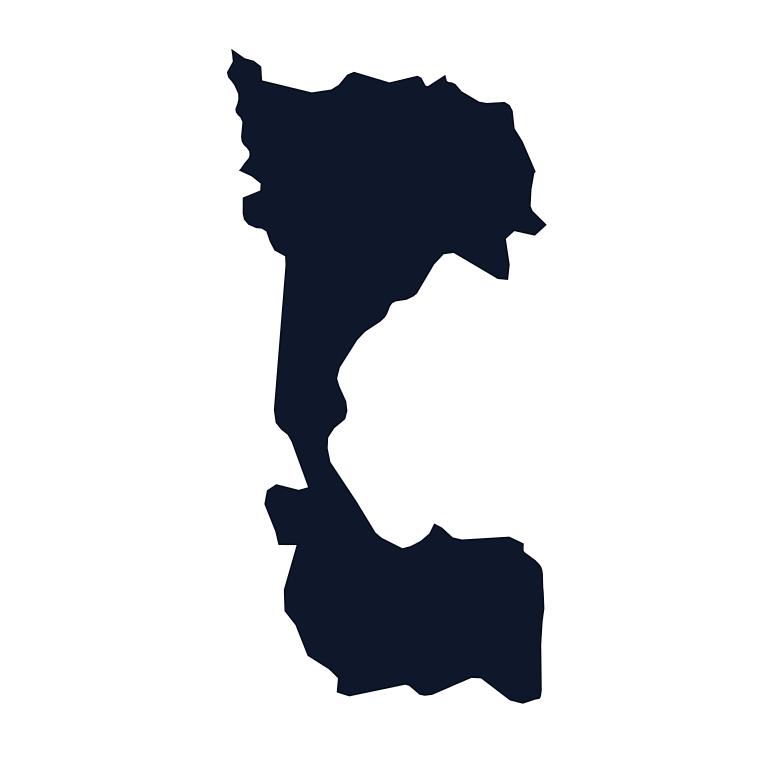 SVG path tracing the border of Vercelli, rotated 188°
{"feature_id": "ITA-5436", "entity_name": "Vercelli", "entity_type": "Province", "adm_level": 1, "iso_a3": "ITA", "parent_name": "Italy", "parent_adm1": "", "projection": "mercator", "projection_center": [8.234, 45.554], "detail": "fine", "context": "isolated", "style": "filled", "palette": "ink", "viewbox_px": 768, "rotation_deg": 188, "n_neighbors": 0, "source": "natural_earth", "source_scale": "10m", "svg_char_len": 2137}
<svg xmlns="http://www.w3.org/2000/svg" viewBox="0 0 768 768"><g transform="rotate(188 384 384)"><path d="M276.6,554.3L284.4,544.9L276.9,519.6L276.4,505.0L285.8,504.6L333.2,524.3L343.4,521.5L351.6,509.9L364.6,478.6L367.4,475.5L373.6,471.3L384.5,468.0L387.7,465.6L389.5,462.2L391.4,454.1L393.0,450.5L396.7,445.9L410.6,433.6L417.2,424.3L430.8,394.3L432.0,382.8L428.6,375.3L419.7,361.3L417.3,352.4L418.2,344.3L422.2,339.7L427.7,333.8L432.6,323.3L431.6,312.4L426.9,298.9L395.3,263.3L372.2,235.1L365.1,230.6L342.9,223.1L334.7,226.5L325.3,233.2L317.6,242.0L314.4,251.9L306.7,249.1L294.8,240.9L285.1,240.1L238.7,249.5L224.1,244.9L223.4,238.0L221.5,236.2L210.0,230.0L205.2,226.3L203.6,224.5L202.1,221.7L201.0,218.1L198.7,204.4L197.7,200.4L194.7,183.9L194.6,170.7L192.8,147.7L185.9,102.6L185.9,96.7L186.7,94.5L190.5,93.3L202.2,87.5L215.0,88.9L246.8,106.8L256.8,105.9L293.3,83.6L300.3,81.7L305.3,82.0L316.8,89.3L321.2,90.0L375.0,70.6L387.2,72.7L387.9,86.7L398.5,94.5L421.3,104.8L437.6,133.5L450.2,145.6L453.8,166.3L447.2,213.2L465.6,210.7L470.4,223.1L485.0,248.6L484.4,262.0L476.5,269.0L453.6,266.5L443.7,270.8L466.9,314.4L471.9,320.9L478.8,324.9L485.2,330.9L488.7,343.2L497.3,487.9L499.0,497.3L510.6,501.6L516.2,509.4L521.2,519.2L526.4,521.6L532.3,521.4L540.0,523.5L544.9,527.8L546.9,533.2L549.0,548.5L532.7,558.0L533.3,565.8L543.7,571.9L556.2,575.7L555.3,576.8L552.5,582.6L549.1,588.0L548.4,589.9L548.3,592.7L549.2,596.0L552.4,599.5L555.4,601.5L557.9,604.5L559.2,609.0L559.9,624.0L562.9,628.6L565.6,630.5L567.8,632.8L568.7,635.6L567.4,641.3L567.1,645.9L568.1,651.5L573.3,659.6L576.9,663.4L580.0,666.0L581.3,668.6L582.1,670.9L577.8,682.2L579.5,689.3L580.7,693.2L567.6,686.5L558.1,685.2L550.4,680.8L547.6,667.0L496.1,661.9L476.9,667.6L469.9,673.4L463.0,684.6L457.0,688.2L420.5,682.6L393.7,693.1L390.0,691.8L384.6,684.3L381.7,684.3L366.6,697.4L364.6,692.3L362.1,691.2L359.1,691.4L355.3,690.2L348.3,684.0L329.3,676.1L321.3,675.8L303.9,679.3L298.9,677.1L295.3,672.2L290.9,654.8L281.1,643.1L264.2,615.3L265.2,614.1L265.8,597.1L264.3,580.3L261.6,575.7L246.1,564.1L255.6,552.7L276.6,554.3Z" fill="#0f172a" stroke="#020617" stroke-width="1.5"/></g></svg>